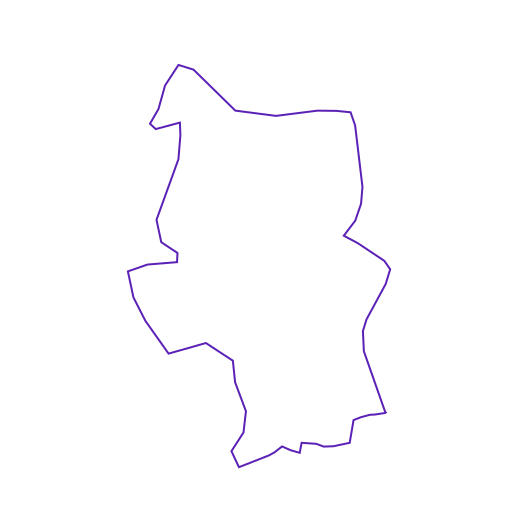 Kraslavas, Mercator projection, rotated 258°
{"feature_id": "LVA-1064", "entity_name": "Kraslavas", "entity_type": "Municipality", "adm_level": 1, "iso_a3": "LVA", "parent_name": "Latvia", "parent_adm1": "", "projection": "mercator", "projection_center": [27.268, 55.934], "detail": "fine", "context": "isolated", "style": "outline", "palette": "violet", "viewbox_px": 512, "rotation_deg": 258, "n_neighbors": 0, "source": "natural_earth", "source_scale": "10m", "svg_char_len": 877}
<svg xmlns="http://www.w3.org/2000/svg" viewBox="0 0 512 512"><g transform="rotate(258 256 256)"><path d="M459.0,219.9L451.3,233.6L402.5,266.0L388.9,304.7L385.4,346.3L381.2,365.0L376.9,378.4L363.1,380.1L301.4,374.5L285.2,369.6L269.9,360.4L257.6,346.1L247.6,358.0L224.6,380.5L215.1,384.5L201.6,377.0L171.0,350.9L160.4,345.0L140.4,341.7L76.8,349.9L76.0,350.4L75.8,350.0L75.6,349.7L76.2,339.4L77.0,334.4L76.5,325.0L75.2,317.3L53.8,308.8L53.8,292.3L55.5,282.6L59.7,276.0L63.8,261.8L54.4,257.8L58.8,249.5L64.3,241.9L60.1,233.3L58.3,227.4L53.0,195.4L70.2,191.4L86.0,207.1L106.3,213.9L136.8,209.3L158.4,211.6L181.3,188.9L178.7,150.2L215.6,134.3L241.0,127.5L267.6,127.5L270.2,148.0L266.4,177.5L275.3,179.8L289.2,166.2L312.1,166.2L366.7,200.2L389.6,207.1L402.3,209.3L401.0,184.3L407.4,179.8L420.1,191.2L441.7,202.5L459.0,219.9Z" fill="none" stroke="#5b21b6" stroke-width="2"/></g></svg>